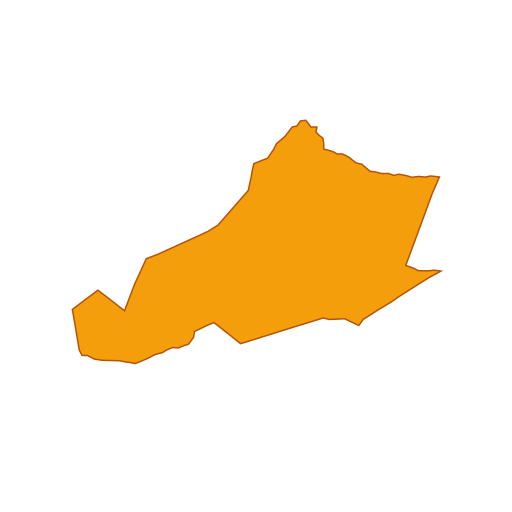 outline of Limoeiro, Pernambuco, Brazil, rotated 246°
{"feature_id": "56859067B67992367076064", "entity_name": "Limoeiro", "entity_type": "district", "adm_level": 2, "iso_a3": "BRA", "parent_name": "Brazil", "parent_adm1": "Pernambuco", "projection": "equal_earth", "projection_center": [-35.441, -7.838], "detail": "fine", "context": "isolated", "style": "filled", "palette": "amber", "viewbox_px": 512, "rotation_deg": 246, "n_neighbors": 0, "source": "geoboundaries", "source_scale": "gbopen_adm2", "svg_char_len": 1382}
<svg xmlns="http://www.w3.org/2000/svg" viewBox="0 0 512 512"><g transform="rotate(246 256 256)"><path d="M182.2,206.2L181.0,216.1L175.6,262.9L174.1,275.2L172.0,292.5L168.3,296.9L162.6,311.5L150.7,321.6L154.5,328.2L157.1,345.5L159.2,362.4L160.7,369.5L163.5,388.5L165.9,404.8L167.0,418.8L170.5,413.1L172.6,406.8L176.5,398.4L180.2,395.4L186.5,389.0L218.9,420.6L241.0,442.0L253.6,455.7L258.1,448.1L259.3,442.6L262.6,436.8L264.5,430.4L268.4,425.9L272.6,419.8L273.6,414.7L277.5,410.6L280.1,404.5L284.4,399.0L286.9,394.7L293.3,391.6L296.8,390.0L300.4,385.2L304.6,383.0L308.2,381.2L311.2,379.0L314.2,376.1L316.3,371.5L319.4,369.3L322.9,365.5L326.1,361.4L331.5,363.7L336.4,365.0L340.7,362.7L344.7,361.2L349.1,364.1L351.5,358.6L355.6,357.8L359.8,356.6L361.3,351.5L358.1,346.2L359.1,341.6L353.4,331.0L350.3,320.4L346.4,315.7L340.6,306.4L341.3,291.7L335.5,287.3L330.2,283.8L324.4,279.5L319.1,275.7L299.7,233.9L298.0,221.9L297.5,166.6L298.2,154.7L290.3,145.8L279.9,133.9L259.4,113.6L277.1,104.2L289.1,97.6L281.9,66.5L271.5,63.9L261.3,61.3L242.1,56.3L235.9,56.6L233.7,61.4L227.4,66.6L223.0,73.6L219.9,80.2L215.7,89.0L212.1,94.0L209.9,97.7L206.9,101.7L206.6,109.3L206.5,114.7L207.0,124.0L205.8,131.4L206.5,136.2L206.3,142.6L203.6,147.6L203.4,153.7L202.9,158.5L207.1,165.9L212.1,169.1L212.5,183.1L212.3,190.5L192.6,200.9L182.2,206.2Z" fill="#f59e0b" stroke="#b45309" stroke-width="1.5"/></g></svg>